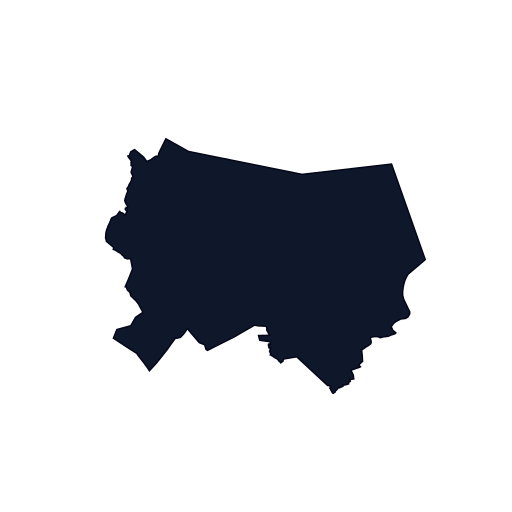 Hole nor, Buskerud, Norway, rotated 144°
{"feature_id": "86288312B40631627404098", "entity_name": "Hole nor", "entity_type": "district", "adm_level": 2, "iso_a3": "NOR", "parent_name": "Norway", "parent_adm1": "Buskerud", "projection": "albers", "projection_center": [10.375, 60.042], "detail": "fine", "context": "isolated", "style": "filled", "palette": "ink", "viewbox_px": 512, "rotation_deg": 144, "n_neighbors": 0, "source": "geoboundaries", "source_scale": "gbopen_adm2", "svg_char_len": 5771}
<svg xmlns="http://www.w3.org/2000/svg" viewBox="0 0 512 512"><g transform="rotate(144 256 256)"><path d="M249.2,380.3L260.0,403.8L273.3,396.8L274.2,396.3L274.8,395.7L276.3,394.2L278.3,395.5L280.6,395.8L284.6,395.7L285.0,395.8L287.0,396.2L288.8,396.9L288.8,402.1L291.7,413.5L296.1,413.9L299.7,411.6L300.9,412.2L301.1,411.4L301.0,406.7L301.1,406.3L301.4,405.6L301.7,405.5L301.8,405.4L301.8,405.2L302.0,405.1L302.3,404.9L302.5,404.7L302.6,404.1L303.9,402.6L303.7,402.3L303.6,402.2L303.3,401.6L303.5,401.0L303.8,400.5L303.9,400.3L307.8,397.2L307.9,396.9L308.8,392.5L310.2,392.3L311.0,391.9L312.6,390.1L313.4,389.9L314.2,389.4L315.7,388.8L317.0,388.2L318.3,387.3L319.9,386.6L320.8,386.5L321.0,386.0L321.1,385.1L321.2,384.6L321.7,383.8L321.9,383.6L323.5,382.6L324.3,382.2L324.6,381.9L324.9,381.7L327.6,379.7L328.1,379.4L329.3,378.3L329.6,378.0L329.8,377.5L329.8,377.2L329.7,376.9L329.9,376.7L330.1,376.6L330.1,376.0L330.3,375.6L330.3,375.2L330.4,374.8L330.5,374.5L330.4,374.5L330.2,374.3L330.1,374.1L330.0,373.8L330.1,373.7L330.6,372.8L330.5,372.6L330.4,372.5L330.4,372.3L330.8,371.7L330.8,371.3L330.8,371.2L331.1,371.1L331.4,371.0L331.5,371.1L332.2,371.0L332.3,371.1L332.3,370.9L332.5,370.9L332.5,371.0L332.7,370.9L332.9,370.9L332.8,370.7L333.0,370.8L333.1,370.7L333.2,370.9L333.7,371.0L333.8,371.1L334.0,370.7L334.2,370.3L334.4,370.3L334.4,370.2L334.4,369.9L334.2,369.8L334.2,369.7L334.3,369.2L334.3,368.9L334.1,368.5L334.1,368.4L334.1,368.1L334.1,367.7L334.2,367.2L334.4,367.1L334.6,367.2L334.7,367.3L334.9,367.6L335.0,367.6L335.2,367.4L335.5,367.3L335.8,367.0L336.3,366.7L336.6,366.6L337.0,366.5L337.2,366.4L337.3,366.3L338.0,367.0L338.3,367.9L338.5,368.7L338.7,369.1L339.0,369.6L339.8,370.5L340.0,371.0L340.0,372.1L341.4,371.8L342.2,371.5L343.0,371.3L343.2,371.2L343.4,371.1L344.8,370.7L345.4,370.7L345.9,370.8L348.2,371.2L349.0,371.4L350.5,371.6L350.8,371.4L351.6,371.0L352.4,370.4L353.1,370.0L355.4,368.6L358.3,367.1L358.2,366.8L360.7,365.5L363.5,363.2L363.8,362.9L365.3,361.2L365.5,360.8L366.6,359.7L367.2,358.8L367.5,357.7L368.4,355.8L367.0,350.2L366.9,349.7L366.5,348.2L366.1,346.5L367.3,345.5L367.6,345.2L367.1,344.7L366.0,342.6L365.4,340.8L364.9,339.7L364.5,338.8L364.2,338.5L364.1,338.3L364.1,337.9L363.8,337.1L363.8,336.9L363.8,336.6L363.8,336.2L363.8,335.8L363.1,333.1L363.1,332.8L363.4,332.4L363.5,332.2L363.4,331.8L363.2,331.4L363.1,331.2L362.4,330.3L362.1,329.8L361.8,329.3L361.1,328.8L359.6,328.0L359.4,327.8L359.3,327.7L359.2,327.2L363.5,318.1L372.5,312.4L379.9,308.0L379.4,307.6L379.3,307.4L379.3,307.0L379.4,306.1L380.0,304.3L379.8,302.7L379.7,302.5L379.4,302.4L379.4,302.2L379.5,301.9L379.5,301.3L379.6,301.1L379.5,300.9L379.6,300.7L379.6,300.4L379.6,300.2L379.4,299.7L379.4,299.4L379.5,299.3L379.6,299.2L379.9,299.2L380.2,298.7L380.3,298.3L380.6,297.8L380.7,297.4L379.7,291.6L379.5,291.0L379.3,286.7L379.3,285.8L379.6,284.2L380.5,277.5L380.8,277.1L381.1,276.9L389.4,277.2L398.3,273.2L411.8,278.3L419.7,273.3L413.6,257.2L413.3,256.6L413.2,256.0L412.3,254.0L412.2,253.6L410.7,249.8L409.7,247.2L409.8,244.8L409.5,235.3L409.5,229.0L409.7,225.8L399.4,227.9L382.8,232.5L377.4,234.4L369.1,237.0L368.6,236.1L365.0,234.6L361.1,235.3L359.1,235.8L356.4,236.8L354.3,237.9L354.2,237.2L354.1,235.3L353.8,232.6L353.9,232.2L353.7,230.9L353.7,229.7L353.6,229.0L353.5,227.5L353.4,227.2L353.3,225.2L353.2,223.9L353.1,223.2L353.0,221.1L352.9,220.4L352.8,219.2L351.9,217.8L351.6,217.3L349.7,214.3L351.3,210.1L351.1,209.2L350.8,208.2L347.4,207.6L347.0,207.5L346.4,207.5L333.6,205.4L322.8,203.6L321.1,203.3L315.5,202.8L297.8,200.9L295.5,198.4L295.3,198.2L291.3,195.0L290.8,194.6L289.8,193.9L289.2,193.3L289.3,192.8L289.2,192.5L289.3,191.9L289.6,191.5L290.5,190.2L290.9,189.6L291.0,188.2L291.2,186.9L291.4,186.5L291.1,186.1L291.6,184.3L291.6,183.9L295.0,186.2L300.7,190.2L302.5,185.6L295.7,179.0L295.0,178.3L295.7,177.1L296.2,176.2L296.3,176.3L297.0,177.0L297.4,177.3L297.7,177.3L297.8,177.1L298.7,176.0L298.8,175.8L298.9,175.1L299.5,174.1L298.6,173.4L298.2,173.0L299.0,171.9L299.4,172.2L299.8,171.4L300.1,171.4L300.9,171.1L301.0,171.0L301.2,170.4L301.3,169.8L301.4,168.9L301.6,168.2L302.6,167.6L301.9,166.7L301.9,166.2L301.3,164.9L301.1,164.1L300.8,163.6L300.6,162.9L300.3,162.2L300.1,161.7L299.8,161.4L299.5,160.5L299.3,160.0L299.1,158.3L299.3,157.9L298.9,156.6L298.8,155.0L295.9,155.1L295.7,155.6L295.0,155.9L294.1,156.4L282.3,150.5L274.2,109.2L273.6,108.7L273.6,108.8L273.3,108.5L272.8,108.2L272.8,107.8L272.6,106.4L272.6,105.6L273.9,105.8L273.9,105.3L274.0,104.5L274.1,103.9L274.3,102.6L274.4,101.8L274.5,101.1L274.6,100.2L274.4,99.8L274.3,99.6L274.1,99.5L273.8,99.4L272.6,99.6L272.3,99.5L272.1,99.4L271.4,100.0L270.7,100.2L269.7,100.2L269.3,100.3L266.3,101.1L266.4,100.8L266.3,100.5L265.9,100.3L262.6,99.6L262.3,99.5L261.9,100.4L258.9,99.0L256.2,98.1L255.2,99.8L254.1,99.1L253.3,99.3L252.8,100.8L249.1,99.1L248.8,100.0L248.0,101.1L247.2,102.7L246.3,107.8L238.5,105.4L237.5,105.1L237.0,105.0L236.6,105.0L237.0,107.5L234.5,107.8L232.0,108.1L231.7,108.1L231.5,108.3L231.3,108.7L231.2,109.1L230.5,110.0L229.9,111.0L229.1,112.1L226.4,116.8L226.2,117.7L224.4,117.8L219.9,117.7L218.8,117.6L218.3,117.5L214.9,117.5L213.7,118.3L212.8,119.6L212.5,120.6L211.8,122.3L210.9,122.7L209.4,122.1L207.5,121.1L206.0,120.1L204.4,118.6L203.8,117.3L203.3,116.8L202.2,116.4L200.4,115.7L199.0,115.0L199.0,114.8L197.6,114.1L196.8,113.6L195.7,113.2L192.9,112.6L191.9,112.3L191.7,112.1L191.4,112.0L189.8,111.6L188.8,111.4L188.3,111.5L188.0,111.6L188.9,115.3L188.9,116.3L188.4,117.7L189.0,118.2L188.0,119.4L184.2,120.6L181.4,120.7L176.0,120.0L172.0,117.7L169.2,117.3L166.0,118.6L164.5,120.3L162.0,133.9L160.5,137.9L158.2,141.1L155.6,143.9L153.0,146.3L149.8,148.8L146.8,150.5L143.6,151.9L121.2,153.6L92.3,250.7L170.8,295.0L249.2,380.3Z" fill="#0f172a" stroke="#020617" stroke-width="1.5"/></g></svg>